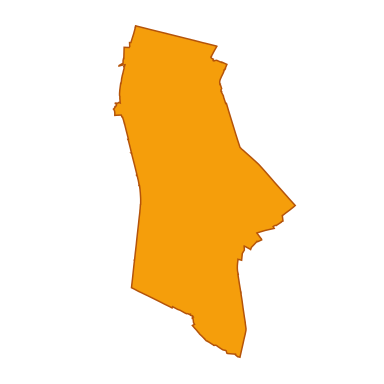 Geldrop-Mierlo, Noord-Brabant, Netherlands, rotated 105°
{"feature_id": "6326949B89092473221427", "entity_name": "Geldrop-Mierlo", "entity_type": "district", "adm_level": 2, "iso_a3": "NLD", "parent_name": "Netherlands", "parent_adm1": "Noord-Brabant", "projection": "albers", "projection_center": [5.589, 51.432], "detail": "fine", "context": "isolated", "style": "filled", "palette": "amber", "viewbox_px": 384, "rotation_deg": 105, "n_neighbors": 0, "source": "geoboundaries", "source_scale": "gbopen_adm2", "svg_char_len": 5567}
<svg xmlns="http://www.w3.org/2000/svg" viewBox="0 0 384 384"><g transform="rotate(105 192 192)"><path d="M46.1,289.5L47.0,289.5L46.8,289.3L53.8,289.3L54.0,289.3L58.2,289.5L63.5,289.7L63.8,291.0L65.7,290.4L67.5,289.8L68.0,289.9L68.7,290.1L69.8,295.0L80.7,292.4L80.7,292.7L80.8,292.7L82.8,292.6L85.2,292.0L85.4,291.9L87.6,294.1L88.7,295.2L89.2,295.1L87.8,292.7L87.7,292.5L87.5,292.2L87.3,291.7L87.1,291.3L86.9,290.9L86.8,290.6L86.6,290.2L86.4,289.7L87.9,289.7L88.4,290.2L88.6,290.4L88.9,290.2L89.0,290.1L89.6,289.6L92.7,289.6L94.2,289.5L94.6,289.5L96.5,289.5L97.6,289.5L99.2,289.4L100.8,289.3L103.2,288.9L103.4,288.9L105.5,288.7L105.5,289.0L107.9,288.7L110.8,288.3L112.4,288.1L115.5,287.5L117.4,287.0L118.4,286.4L120.7,285.8L121.4,285.5L123.1,284.9L124.6,284.3L124.5,285.1L124.2,285.5L124.3,285.7L124.7,286.1L125.2,286.5L125.3,286.6L125.5,286.9L125.5,287.0L125.7,287.9L125.7,288.0L125.9,288.9L125.9,289.0L126.0,289.1L126.4,289.0L126.4,288.9L126.5,288.7L126.8,287.6L128.3,287.4L128.7,287.9L129.3,288.5L129.7,288.1L130.6,288.6L130.9,288.5L132.2,289.3L132.3,289.1L132.4,288.9L133.8,287.8L134.1,287.6L134.7,287.4L136.0,286.9L138.0,286.4L137.8,285.8L137.4,284.8L137.0,283.5L136.4,281.6L136.0,280.2L137.6,279.2L137.6,278.5L139.1,277.6L140.1,276.9L141.5,276.1L142.6,275.5L143.3,275.1L143.2,275.0L145.8,273.6L149.4,271.6L157.4,267.1L157.7,267.7L158.0,267.5L158.1,267.1L166.0,262.7L169.4,260.9L169.9,260.5L170.1,260.9L170.3,260.4L179.9,255.0L189.3,249.8L190.0,250.1L190.2,249.9L189.6,249.7L191.7,248.5L193.1,247.8L194.5,247.0L195.9,246.3L197.4,245.6L198.8,245.0L199.3,245.1L199.5,244.9L199.2,244.5L200.2,244.0L201.7,243.4L203.2,242.8L204.6,242.3L206.2,241.7L207.7,241.2L209.2,240.7L210.7,240.2L212.3,239.7L213.8,239.3L215.3,238.9L217.3,238.4L217.4,238.6L221.9,237.7L222.8,237.6L224.8,237.2L228.9,236.6L232.3,236.1L237.3,235.3L240.7,234.8L246.6,233.9L253.8,232.8L256.7,232.3L266.2,230.9L272.4,229.9L272.6,230.2L272.9,230.2L273.2,229.8L276.1,229.4L283.2,228.3L291.4,227.0L300.1,225.7L300.7,222.7L301.9,217.6L302.3,215.1L302.8,212.6L303.3,209.9L305.0,201.2L306.5,193.8L307.4,189.7L308.7,182.9L308.9,182.5L309.1,181.2L307.8,181.1L308.6,177.6L309.1,175.6L309.3,173.0L310.7,167.5L311.0,165.8L310.6,164.6L310.9,163.0L310.4,161.9L311.5,161.6L311.4,159.5L311.8,159.0L312.3,158.5L312.6,159.3L314.0,159.0L313.8,158.4L315.3,157.7L316.0,157.4L317.4,156.9L317.9,156.6L319.2,155.3L320.8,157.1L321.4,156.3L321.6,155.9L321.9,155.5L322.2,155.1L322.4,154.8L323.0,154.0L323.1,153.7L323.4,153.3L324.4,151.7L325.0,150.9L325.2,150.6L325.4,150.5L325.6,150.2L325.7,149.9L325.8,149.7L326.7,148.5L327.1,148.1L327.3,147.6L327.5,147.4L327.6,147.2L327.8,146.8L328.6,145.3L328.7,145.0L328.9,144.8L329.7,143.4L330.1,142.7L330.3,142.1L330.5,142.2L332.1,139.6L332.1,138.8L332.3,138.2L332.2,138.2L333.0,135.6L333.2,135.1L334.3,131.5L334.5,131.4L334.5,130.9L334.3,130.8L334.0,129.9L333.9,129.7L333.9,129.3L333.9,129.1L333.9,128.8L333.9,128.7L334.7,126.8L335.0,125.9L335.4,124.8L336.1,122.7L336.5,121.2L336.4,119.4L336.4,118.8L336.3,118.5L336.5,118.0L336.7,117.8L338.5,116.7L338.8,116.4L338.8,116.2L338.7,115.2L338.3,113.0L337.6,109.1L337.6,108.7L337.3,108.0L337.4,107.8L338.1,107.8L339.3,105.2L339.3,104.9L339.2,104.8L339.2,104.4L339.2,104.0L339.2,102.9L337.6,103.0L337.2,103.0L332.2,103.2L329.5,103.3L324.3,103.5L322.6,103.6L320.3,103.7L316.4,103.8L316.1,103.8L312.8,104.0L311.6,104.1L310.3,104.4L309.9,104.5L309.7,104.6L309.2,104.8L307.3,105.6L305.4,106.4L304.6,106.7L304.3,106.8L304.2,106.8L304.0,107.0L303.8,107.0L299.8,108.8L295.4,110.7L290.3,112.9L283.8,115.6L283.4,115.8L282.9,116.0L276.4,118.9L276.5,118.6L275.9,118.8L275.8,119.1L266.8,123.2L266.5,123.3L261.3,125.6L259.7,126.3L259.6,126.0L259.2,126.2L258.8,126.4L258.6,126.5L257.4,127.2L256.0,127.8L253.9,128.5L251.5,129.1L251.1,129.2L250.4,129.3L249.4,129.5L247.3,129.8L245.1,130.2L245.2,129.2L245.0,128.8L245.1,126.5L245.1,126.4L238.3,127.5L234.5,126.4L230.9,127.6L230.7,127.6L231.0,126.0L232.2,121.0L232.4,120.5L230.4,120.3L230.2,120.3L230.1,120.2L229.7,120.1L229.4,119.9L228.9,119.7L228.5,119.4L226.5,118.3L223.3,116.6L223.2,116.5L222.8,116.4L223.1,115.8L220.2,112.3L219.8,112.5L219.5,112.7L218.6,113.9L214.8,118.8L214.7,118.7L210.1,111.2L205.9,103.2L204.4,104.7L203.2,103.6L202.9,103.2L202.7,102.8L202.5,102.3L202.6,102.0L200.0,99.7L199.1,98.9L198.0,97.9L197.6,98.0L196.5,96.6L191.8,98.5L191.3,98.7L191.1,98.5L190.7,98.0L190.0,97.5L187.2,95.4L186.9,95.1L186.6,94.9L186.4,94.7L185.6,94.1L184.1,92.9L180.3,90.1L178.3,88.8L173.4,96.4L171.8,98.8L165.8,107.9L165.1,109.0L162.8,112.5L161.3,114.8L159.3,117.7L154.8,124.4L152.0,128.6L148.0,134.8L144.4,141.7L140.0,150.4L139.3,151.8L138.9,152.5L137.4,155.8L137.1,156.0L136.6,157.1L130.3,161.2L124.2,165.1L116.5,169.9L114.6,171.1L104.7,177.3L97.5,181.7L97.9,182.3L97.6,182.5L94.7,184.4L94.8,184.4L94.4,184.6L93.3,185.3L93.2,185.4L93.2,185.5L91.0,186.6L87.5,189.8L87.3,189.4L86.0,190.5L84.5,190.1L84.2,190.3L82.0,191.7L81.2,192.3L80.6,192.6L80.4,192.6L80.4,193.0L80.6,192.9L80.7,193.0L79.6,193.4L79.1,193.6L78.9,193.6L78.6,193.7L77.7,193.9L77.0,193.9L76.8,193.9L76.1,193.9L75.8,193.8L75.3,193.8L74.2,193.6L72.8,193.4L71.4,193.1L69.3,192.7L68.0,192.5L67.8,192.5L67.7,192.5L66.3,192.4L66.0,192.7L65.5,192.0L65.2,191.9L65.3,192.1L61.2,191.5L59.7,191.3L58.8,196.8L59.2,196.8L58.4,202.3L59.4,204.6L59.7,204.7L59.6,205.6L59.1,205.6L58.7,205.9L58.2,205.8L57.7,207.8L57.0,208.6L56.4,208.4L56.4,208.6L54.1,208.0L51.0,207.3L47.8,206.5L44.8,205.7L44.7,206.2L44.9,217.9L45.0,219.8L45.0,222.7L45.0,224.0L45.4,249.3L45.8,270.7L45.9,275.6L45.9,277.5L46.1,289.5Z" fill="#f59e0b" stroke="#b45309" stroke-width="1.5"/></g></svg>